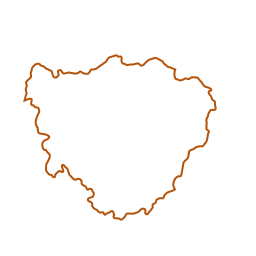 the district of San José de Las Matas, Santiago, Dominican Republic, rotated 253°
{"feature_id": "3306468B48570951315042", "entity_name": "San José de Las Matas", "entity_type": "district", "adm_level": 2, "iso_a3": "DOM", "parent_name": "Dominican Republic", "parent_adm1": "Santiago", "projection": "albers", "projection_center": [-71.019, 19.237], "detail": "fine", "context": "isolated", "style": "outline", "palette": "amber", "viewbox_px": 256, "rotation_deg": 253, "n_neighbors": 0, "source": "geoboundaries", "source_scale": "gbopen_adm2", "svg_char_len": 5735}
<svg xmlns="http://www.w3.org/2000/svg" viewBox="0 0 256 256"><g transform="rotate(253 128 128)"><path d="M170.2,190.3L171.3,188.7L173.7,186.1L174.5,184.5L175.2,183.7L176.8,182.8L178.9,181.3L179.4,181.1L181.0,180.7L181.9,180.3L185.9,176.4L186.4,175.7L186.9,175.0L187.0,174.3L187.1,173.1L187.1,169.1L187.0,167.6L186.7,166.8L185.7,164.7L183.9,161.3L183.7,160.5L183.6,159.7L183.8,158.9L184.1,158.5L184.7,158.0L186.2,157.2L186.7,156.6L186.9,156.1L187.1,155.0L187.2,151.3L188.0,149.1L188.3,146.2L188.5,145.4L188.8,145.0L190.0,143.9L191.0,142.2L191.6,141.7L192.1,141.5L193.0,141.4L194.2,141.4L195.1,141.7L196.6,142.4L197.4,142.5L198.1,142.3L198.6,141.7L199.0,139.7L199.2,139.4L200.5,138.7L200.9,138.1L201.0,136.6L201.0,132.3L201.0,131.1L200.8,130.2L200.2,129.1L198.2,126.9L197.6,125.9L197.2,124.1L196.5,122.4L196.0,120.6L195.4,119.2L194.9,117.3L194.2,115.7L194.1,115.1L194.0,113.9L194.0,112.4L194.2,111.5L194.6,110.2L194.5,109.7L194.2,109.1L192.6,107.4L192.0,106.6L191.7,105.8L191.8,104.5L191.9,104.0L193.2,101.6L194.3,100.4L195.7,99.4L195.9,99.0L196.0,98.3L195.4,97.1L195.2,96.2L195.2,94.4L195.4,93.5L198.3,87.8L198.5,86.6L198.6,83.6L198.8,82.6L199.3,82.0L200.6,81.4L202.7,80.7L203.0,80.4L203.3,79.6L203.3,78.8L203.2,78.2L202.6,77.6L201.9,77.4L199.6,77.3L199.1,77.2L198.7,76.9L197.5,75.0L197.4,73.9L197.5,73.1L198.0,72.2L199.0,71.7L200.2,71.5L203.9,71.6L204.7,71.5L205.2,71.2L206.7,69.4L208.8,67.1L209.8,66.4L211.2,65.6L211.7,65.1L213.2,63.1L213.8,62.6L214.8,62.3L215.4,61.5L215.8,60.8L216.0,59.4L215.8,58.0L214.6,55.4L214.3,54.9L213.3,53.9L212.4,53.2L211.2,52.6L209.1,51.1L208.3,50.8L205.9,50.5L205.0,50.0L204.4,49.1L202.8,45.6L201.7,44.0L200.8,43.7L198.6,43.6L197.5,43.3L196.8,42.9L195.5,41.8L194.7,41.5L193.9,41.3L191.4,41.2L190.5,41.0L189.8,40.6L188.3,39.3L186.8,38.6L184.5,37.1L184.7,39.2L184.7,42.0L184.6,43.1L184.2,43.8L183.7,44.2L183.2,44.2L181.5,43.4L180.0,42.6L179.2,42.4L178.5,42.5L177.9,42.9L177.3,44.2L176.9,44.5L175.6,44.9L175.0,45.4L174.6,46.0L174.0,47.6L173.7,47.9L173.2,48.1L172.1,48.2L170.9,48.2L170.0,48.0L169.4,47.8L168.7,47.2L166.5,45.2L165.3,44.3L164.5,43.6L162.6,42.4L160.3,41.3L159.1,41.1L157.3,41.1L156.1,41.2L154.6,41.7L152.5,41.1L150.4,41.0L149.6,41.1L148.9,41.5L147.9,43.2L147.3,44.6L146.0,47.2L144.0,49.5L143.3,49.9L142.8,50.1L142.3,50.0L141.9,49.8L141.0,48.1L140.8,47.3L140.5,44.8L140.3,44.1L139.5,42.8L139.1,42.2L137.1,41.1L136.3,40.9L134.8,40.8L133.3,40.9L132.2,41.1L131.7,41.5L131.2,42.6L130.9,43.0L129.2,43.5L125.8,45.2L124.8,45.3L124.1,45.1L121.8,43.8L117.7,39.8L116.5,38.9L115.8,38.6L114.2,38.2L112.6,37.5L111.2,37.3L109.1,37.9L107.0,38.8L106.3,39.5L105.6,40.8L105.2,41.3L103.1,42.0L102.7,42.4L102.6,42.9L102.6,43.5L102.9,44.0L103.3,44.2L104.7,44.9L105.8,46.6L106.8,49.0L106.9,49.8L106.7,50.3L105.3,51.9L105.1,52.3L105.1,52.8L105.2,53.2L105.7,53.5L106.2,53.6L109.8,53.5L111.2,53.7L111.6,54.1L111.7,54.5L111.7,55.2L111.2,55.8L109.4,56.4L107.5,57.7L106.8,58.0L105.6,58.2L102.0,58.2L100.5,58.3L95.4,60.8L94.5,61.5L93.9,62.3L93.8,63.0L94.1,64.3L94.1,65.0L93.8,65.7L93.0,67.2L92.4,67.6L91.1,68.1L90.7,68.1L89.7,67.6L88.9,67.5L88.1,67.5L87.5,67.6L86.8,68.1L85.0,69.8L84.1,70.5L83.3,70.7L81.8,70.8L81.1,71.0L80.8,71.4L80.7,71.8L81.1,73.0L81.1,73.6L80.4,75.0L79.8,75.4L77.4,75.7L75.9,76.2L75.2,76.0L73.4,75.2L72.7,74.4L72.5,73.6L72.4,70.5L72.2,69.7L71.6,68.9L70.9,68.6L70.4,68.6L69.7,68.9L69.2,69.4L68.4,70.6L66.8,71.5L65.8,71.7L64.2,71.0L63.4,71.0L62.7,71.2L60.7,72.2L60.0,72.9L59.1,74.0L56.3,75.5L55.7,76.0L55.2,76.9L54.9,78.9L54.6,79.5L53.9,79.9L52.4,80.0L52.0,80.3L51.8,80.7L51.8,81.2L52.5,82.9L52.9,86.3L53.4,87.8L53.3,88.3L53.1,88.7L52.5,89.1L52.0,89.3L48.7,89.3L48.1,88.6L47.6,88.3L47.1,88.2L46.3,88.3L45.9,88.6L44.8,90.8L44.3,92.5L43.7,93.3L42.6,94.1L42.4,94.8L42.4,95.6L42.5,96.1L43.6,98.3L44.3,99.3L46.0,101.1L46.4,102.0L45.6,105.1L44.9,106.5L44.7,107.3L44.5,108.8L44.5,111.2L44.7,113.3L46.5,117.0L46.7,117.5L46.7,118.3L45.9,119.8L45.6,120.2L45.2,120.5L44.7,120.6L44.0,120.5L43.5,120.4L42.2,119.7L41.7,119.6L41.2,119.7L40.7,119.9L40.4,120.2L40.1,120.7L40.0,120.9L40.1,121.7L40.4,122.2L41.8,124.0L42.7,125.7L44.7,128.3L45.3,128.6L47.0,128.9L47.6,129.2L47.9,129.8L48.1,131.6L48.4,132.4L49.1,133.1L50.6,134.0L51.2,134.8L51.5,135.9L51.5,137.9L51.3,139.0L50.7,140.2L50.6,140.9L50.9,141.5L52.3,142.6L53.3,143.6L53.7,144.3L54.7,146.4L54.9,147.9L55.0,152.4L55.1,153.2L55.7,155.0L57.6,154.5L58.8,154.5L60.1,154.6L60.9,154.8L63.0,155.9L63.6,156.3L64.9,157.5L66.1,158.8L67.0,160.9L67.1,161.8L66.7,163.1L66.6,163.8L66.7,164.5L67.0,164.9L68.7,165.9L69.9,166.5L75.9,169.6L76.9,170.0L78.8,171.1L79.1,171.4L80.0,172.9L80.7,174.6L81.9,176.5L83.7,177.7L87.3,179.3L88.0,180.0L88.3,180.5L88.5,181.3L88.7,184.6L89.4,186.3L89.7,187.7L89.7,189.5L89.6,191.0L89.4,191.9L88.8,193.2L88.7,193.7L88.8,194.2L89.2,195.0L90.4,196.5L91.4,198.2L92.2,199.0L92.9,199.6L95.3,201.0L98.9,202.8L100.4,204.0L101.0,204.3L101.8,204.2L103.4,203.0L103.9,202.8L104.4,202.8L104.9,202.9L106.3,203.5L108.1,204.0L109.8,204.7L112.2,205.1L113.0,205.3L113.9,206.0L116.0,207.9L117.7,208.8L118.3,209.3L119.6,210.5L120.5,211.6L120.9,212.3L120.9,213.4L120.7,214.2L120.1,215.5L120.0,216.3L120.2,216.8L120.5,217.2L121.4,217.7L125.0,218.0L126.6,218.7L127.6,218.8L128.1,218.6L129.9,217.3L130.6,216.9L131.5,216.8L134.3,216.6L134.8,216.4L136.4,215.7L137.8,215.5L138.6,215.6L139.2,216.0L139.5,216.6L139.6,218.0L139.7,218.5L140.0,218.8L140.5,218.9L141.2,218.6L142.2,217.7L143.8,215.8L144.5,214.4L145.5,213.5L147.8,212.4L149.9,211.9L153.6,210.1L155.6,209.4L156.7,207.4L157.2,205.6L157.9,203.7L157.7,202.7L157.1,201.4L157.1,200.3L157.4,199.3L158.5,197.8L158.7,197.1L158.2,195.2L158.1,194.4L158.2,191.9L158.6,190.9L160.0,189.7L160.8,188.2L161.5,187.8L162.3,187.7L164.4,187.8L165.8,188.0L168.5,189.2L170.2,190.3Z" fill="none" stroke="#b45309" stroke-width="2"/></g></svg>